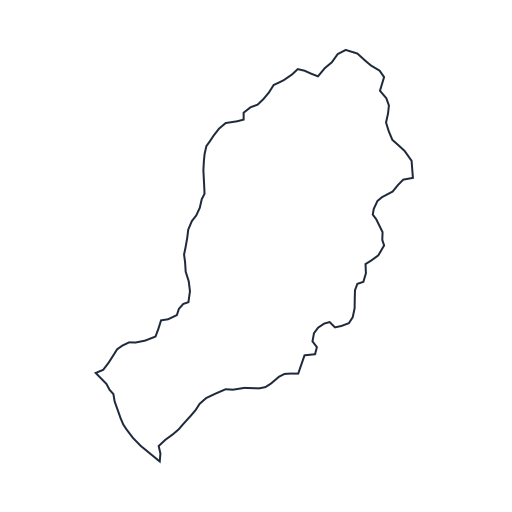 Pongaí, São Paulo, Brazil, rotated 185°
{"feature_id": "56859067B25984045214386", "entity_name": "Pongaí", "entity_type": "district", "adm_level": 2, "iso_a3": "BRA", "parent_name": "Brazil", "parent_adm1": "São Paulo", "projection": "orthographic", "projection_center": [-49.356, -21.725], "detail": "fine", "context": "isolated", "style": "outline", "palette": "slate", "viewbox_px": 512, "rotation_deg": 185, "n_neighbors": 0, "source": "geoboundaries", "source_scale": "gbopen_adm2", "svg_char_len": 1819}
<svg xmlns="http://www.w3.org/2000/svg" viewBox="0 0 512 512"><g transform="rotate(185 256 256)"><path d="M109.3,364.4L117.1,373.6L122.0,377.4L130.3,383.6L134.6,391.8L138.1,400.3L136.9,409.3L136.7,417.5L139.9,424.5L146.9,431.4L144.0,445.4L149.0,451.4L158.1,455.8L164.1,460.0L172.6,466.5L184.6,469.1L192.2,464.3L197.4,455.5L203.8,449.2L209.9,440.4L216.9,442.4L223.7,444.8L230.7,445.8L235.9,440.0L243.8,433.5L248.4,430.7L253.3,427.9L257.4,420.0L262.2,413.1L267.6,406.9L274.4,403.7L280.8,397.7L280.2,390.8L286.4,388.6L297.8,385.8L303.8,379.8L308.5,372.6L312.1,366.0L315.0,361.2L316.1,353.3L316.2,346.2L315.9,336.8L313.8,321.9L312.7,313.5L315.0,307.8L316.2,299.1L319.1,291.1L322.9,285.3L325.8,276.4L326.1,267.9L326.9,258.8L327.8,251.2L326.1,243.6L324.7,234.3L320.8,224.9L318.7,215.1L319.3,204.1L324.3,201.9L328.2,196.6L329.7,190.2L338.1,185.3L345.0,183.6L346.9,174.9L349.1,167.0L359.2,162.0L368.5,159.3L374.9,158.9L381.3,155.1L386.2,151.0L388.9,145.7L393.5,136.9L398.3,129.3L405.5,125.5L393.9,115.6L390.1,109.8L386.0,106.0L384.2,98.9L376.7,82.5L373.5,76.5L370.0,72.1L362.7,64.0L354.2,56.7L334.0,42.9L334.0,50.8L336.4,58.2L330.3,65.0L323.2,71.2L317.9,76.6L313.9,82.2L307.4,90.7L302.7,97.3L299.3,103.8L293.2,110.2L284.3,115.4L274.7,120.6L267.3,120.8L256.1,123.6L241.4,124.4L235.2,126.2L230.0,130.2L222.5,137.8L217.3,141.0L211.3,141.9L203.7,142.5L199.0,161.3L188.6,163.3L187.4,170.5L192.3,175.9L191.5,184.2L187.9,190.0L182.2,194.6L176.9,196.6L171.1,191.8L164.9,193.7L157.6,197.2L154.3,203.5L153.2,212.5L153.9,222.1L154.4,230.5L152.6,237.1L146.8,239.6L145.0,248.4L146.2,257.5L141.1,261.3L134.2,267.3L129.3,277.7L131.6,283.0L132.0,290.8L139.5,303.2L143.3,307.4L142.8,313.2L139.8,321.4L135.5,325.7L125.5,332.1L120.6,339.3L116.0,344.9L106.5,347.5L107.8,355.3L109.3,364.4Z" fill="none" stroke="#1e293b" stroke-width="2"/></g></svg>